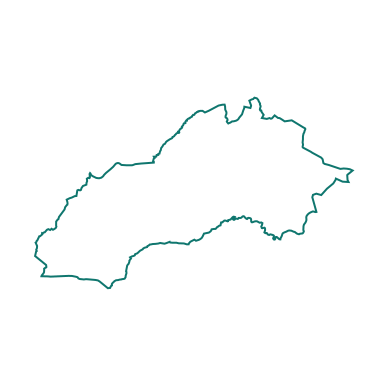 Santa Catarina Tlaltempan, Puebla, Mexico, rotated 175°
{"feature_id": "50627088B53125297105915", "entity_name": "Santa Catarina Tlaltempan", "entity_type": "district", "adm_level": 2, "iso_a3": "MEX", "parent_name": "Mexico", "parent_adm1": "Puebla", "projection": "mercator", "projection_center": [-98.08, 18.615], "detail": "fine", "context": "isolated", "style": "outline", "palette": "teal", "viewbox_px": 384, "rotation_deg": 175, "n_neighbors": 0, "source": "geoboundaries", "source_scale": "gbopen_adm2", "svg_char_len": 6090}
<svg xmlns="http://www.w3.org/2000/svg" viewBox="0 0 384 384"><g transform="rotate(175 192 192)"><path d="M174.4,271.9L176.7,272.1L178.6,271.9L178.6,271.5L179.9,271.2L180.3,271.2L180.7,270.7L182.2,270.0L182.9,268.8L183.5,268.6L184.2,268.7L184.4,268.4L185.2,267.8L185.4,267.1L187.9,266.0L187.9,265.7L188.2,265.5L189.2,265.4L189.8,265.1L190.8,264.3L190.8,264.0L190.7,263.8L190.8,263.5L191.6,263.6L192.5,262.5L192.5,261.3L193.0,261.1L194.0,261.1L194.4,260.7L195.0,259.2L196.4,258.0L196.6,257.5L196.3,257.0L196.7,256.6L197.2,256.2L198.2,255.8L199.0,254.9L199.5,253.8L200.6,253.4L200.5,253.1L199.6,252.7L199.5,252.4L199.7,252.1L200.3,252.0L201.5,252.1L202.5,251.6L203.3,250.7L203.9,250.4L204.8,249.3L205.7,248.7L206.6,248.5L206.9,247.7L207.3,247.3L209.4,246.5L212.4,244.9L213.4,244.2L214.7,242.4L216.2,241.8L217.6,239.8L218.8,238.6L219.6,236.1L220.0,235.8L220.2,235.4L220.9,233.7L221.0,233.1L222.3,232.8L222.4,231.9L224.0,231.9L224.5,230.4L225.0,230.3L226.2,230.5L226.8,230.5L226.3,229.6L226.2,229.2L227.1,228.8L228.1,226.1L227.4,225.4L227.5,224.6L240.1,224.8L246.1,224.7L248.9,223.9L249.9,223.9L255.3,224.4L259.9,225.1L261.8,226.8L262.7,227.2L263.8,227.3L264.7,227.1L265.6,226.7L268.3,224.0L271.2,221.8L276.0,218.5L278.0,216.8L279.2,215.4L281.0,214.2L283.3,213.8L284.6,214.0L286.2,214.4L289.2,216.2L290.5,217.2L291.2,218.1L291.5,219.2L291.9,219.7L292.5,218.8L292.4,217.5L292.5,216.9L292.3,216.1L292.6,215.1L293.0,214.8L293.4,215.1L293.6,214.9L294.3,215.1L295.6,214.4L295.5,212.0L296.3,210.3L296.6,208.5L300.1,207.5L301.7,205.6L302.5,203.7L303.3,203.4L305.1,204.0L306.1,203.6L307.5,198.1L309.2,198.1L312.3,196.9L314.3,196.5L317.5,195.3L317.0,192.8L317.0,191.2L317.3,190.2L317.7,190.1L319.7,187.9L320.5,185.7L326.7,178.7L327.5,176.5L328.2,176.3L329.9,174.4L330.3,170.3L330.1,169.3L330.8,168.1L332.2,167.2L333.8,166.5L335.1,167.6L336.6,166.5L338.4,167.5L339.8,167.0L342.2,164.7L343.4,164.5L344.3,163.8L344.9,164.1L345.0,163.7L344.8,162.9L347.2,161.2L348.0,161.2L350.3,157.3L351.0,156.8L351.2,156.1L351.7,155.5L352.2,155.2L351.0,151.7L351.4,149.5L352.2,148.1L351.8,146.8L352.4,146.5L353.9,141.9L343.7,132.0L343.6,129.9L344.0,129.5L344.9,129.2L346.0,128.5L346.0,127.5L346.4,125.0L347.0,124.0L349.0,121.9L349.3,121.2L342.9,120.5L340.2,120.0L322.2,119.2L318.8,118.8L315.0,117.7L313.5,117.1L312.7,115.8L311.4,115.1L307.3,114.3L305.4,114.4L303.8,114.2L295.9,112.8L293.4,112.1L291.8,110.9L284.2,103.5L281.9,103.6L281.3,104.8L280.6,105.6L279.9,105.9L279.9,107.2L279.6,107.7L278.8,108.5L277.8,109.2L277.1,109.9L275.3,110.7L273.1,110.7L272.0,111.0L269.7,111.1L269.3,111.3L268.0,111.3L266.7,111.5L265.6,112.9L265.4,114.3L264.4,116.7L264.3,118.2L264.6,118.7L263.0,124.3L262.4,125.1L261.4,126.0L260.4,128.2L260.4,129.0L259.5,130.1L258.6,131.0L259.4,132.3L257.4,133.1L255.7,133.4L254.5,133.9L254.1,135.0L251.8,135.7L248.9,138.0L246.1,139.2L245.6,139.9L244.2,140.6L241.5,141.1L241.1,142.0L240.1,142.3L238.5,143.4L238.0,143.3L235.5,143.6L233.2,143.5L230.1,143.6L228.2,144.0L223.9,142.9L222.0,143.3L218.6,144.3L218.5,143.8L217.8,143.5L215.5,143.1L211.9,142.8L209.5,142.0L205.5,141.6L204.4,141.4L201.7,140.3L199.9,140.2L199.7,140.9L198.0,142.6L193.8,144.3L192.3,143.1L189.4,143.7L187.8,144.4L186.3,145.4L185.2,146.9L183.7,149.5L178.7,150.1L176.9,151.2L176.3,151.9L175.7,153.1L173.1,153.3L172.4,153.2L171.8,153.2L171.3,153.5L170.1,154.8L169.2,155.1L168.7,155.6L167.9,156.0L166.5,156.3L165.7,159.1L164.4,159.1L164.1,159.6L163.6,159.7L162.3,160.7L161.5,160.7L160.6,160.4L159.2,159.7L158.6,159.8L158.4,160.8L156.0,161.2L153.9,163.2L153.3,163.6L152.6,163.8L151.6,163.4L152.4,162.4L153.2,161.9L153.4,161.1L152.7,160.6L152.1,160.7L150.8,161.8L148.8,161.2L148.3,161.4L147.8,162.1L145.8,161.9L145.0,162.2L143.8,163.2L143.1,163.4L142.6,163.3L142.1,163.0L141.7,162.3L140.7,161.1L140.0,160.5L139.5,160.3L139.1,160.5L138.8,161.1L138.1,161.3L137.3,161.2L136.0,160.7L135.6,160.1L135.5,159.0L135.6,157.4L135.2,156.7L134.3,156.6L132.3,157.2L130.8,157.3L129.7,157.1L127.3,155.5L125.6,155.6L124.6,154.9L124.8,154.0L125.4,152.5L126.0,151.6L125.6,150.0L125.2,149.8L124.2,150.0L122.9,150.1L122.5,149.6L122.4,148.8L122.6,147.3L123.4,145.4L122.5,144.6L121.6,144.7L121.1,144.6L120.7,144.2L120.4,143.2L119.3,142.6L118.6,142.5L117.8,143.0L117.0,142.8L115.9,142.3L115.5,142.3L114.5,141.7L114.2,141.2L114.3,140.6L115.2,138.8L115.0,138.2L114.3,137.4L113.6,137.5L113.1,138.2L112.7,139.6L112.3,139.9L111.5,139.8L109.1,137.3L108.1,137.1L107.8,138.2L106.6,140.0L105.4,142.7L104.9,143.1L103.5,143.7L101.1,144.4L100.4,144.8L99.4,145.1L98.5,145.2L96.4,144.8L94.1,143.5L93.2,143.3L91.1,141.4L89.5,140.7L88.9,140.6L88.2,141.0L85.5,141.1L84.9,141.6L84.3,142.5L84.0,143.2L84.4,144.4L83.9,148.2L83.3,149.8L81.6,151.7L80.6,153.6L80.4,154.8L80.4,156.6L80.1,157.8L79.5,158.6L78.7,159.5L77.4,160.5L75.8,161.3L73.4,162.1L72.3,161.9L71.6,161.5L70.4,161.2L69.8,161.3L72.6,176.3L71.7,178.6L68.3,179.5L63.5,177.7L57.3,183.5L50.5,188.2L47.9,191.6L47.5,192.8L41.1,189.2L35.2,188.3L36.0,190.4L35.9,195.2L35.7,195.6L30.1,199.4L32.7,200.9L35.7,201.7L38.8,202.2L42.2,202.1L53.4,207.0L57.4,208.4L58.6,209.4L59.0,213.2L60.3,215.0L68.9,220.7L70.1,221.7L77.5,226.5L77.9,227.2L77.7,228.1L77.3,229.2L77.3,230.0L77.5,231.6L76.9,234.8L76.6,237.9L75.8,240.5L75.1,241.4L74.4,243.3L74.0,244.0L73.6,244.8L73.7,245.3L73.9,245.6L75.7,246.8L86.4,254.7L93.5,254.3L96.4,256.6L98.3,258.0L99.9,258.3L103.0,261.1L105.9,258.4L107.0,258.1L108.3,258.9L111.1,258.3L115.9,259.6L113.9,262.6L115.6,265.5L115.9,267.1L116.5,267.0L116.8,267.2L117.2,268.1L117.0,269.1L116.2,271.2L116.2,271.8L116.5,272.6L116.7,273.5L116.5,274.2L117.7,276.8L118.0,278.0L119.3,279.7L121.6,280.5L122.9,279.3L124.5,279.0L126.9,278.0L126.1,274.9L125.7,273.5L125.6,272.7L126.5,270.6L132.4,272.4L132.7,270.9L133.8,268.8L135.4,265.0L138.4,262.0L139.6,260.4L141.1,259.5L141.9,259.2L144.2,258.8L146.0,258.8L147.7,257.8L148.9,257.5L149.9,257.1L150.9,258.5L151.2,259.2L150.3,260.6L150.4,261.6L151.1,262.8L151.8,263.1L152.1,263.7L151.8,265.1L151.0,266.6L150.8,267.7L150.8,268.7L151.7,271.1L151.6,274.4L151.9,276.2L154.2,276.3L158.0,275.8L168.1,271.5L172.2,270.1L174.4,271.9Z" fill="none" stroke="#0f766e" stroke-width="2"/></g></svg>